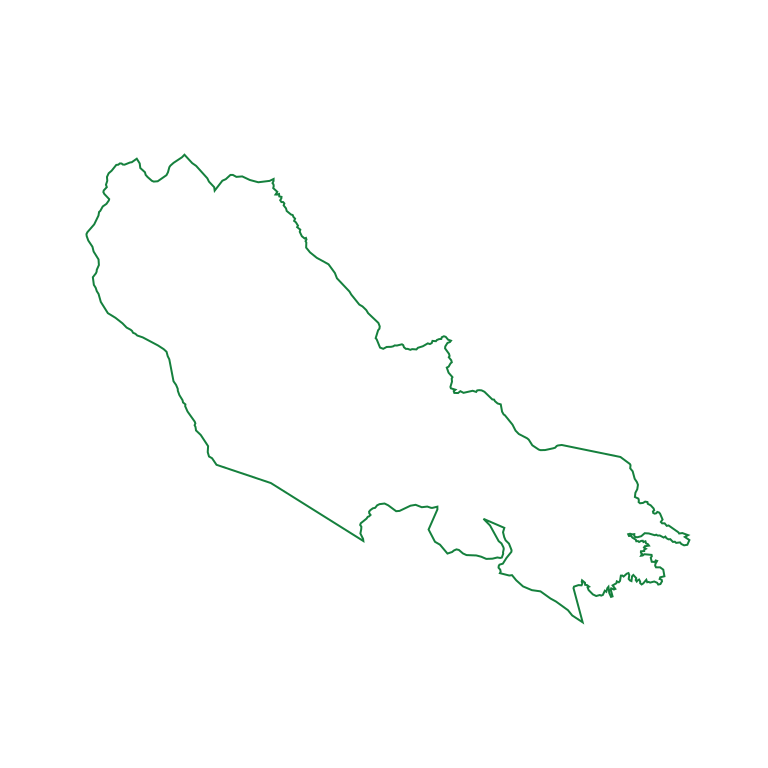 the district of Campo Verde, Mato Grosso, Brazil, rotated 255°
{"feature_id": "56859067B82870953347176", "entity_name": "Campo Verde", "entity_type": "district", "adm_level": 2, "iso_a3": "BRA", "parent_name": "Brazil", "parent_adm1": "Mato Grosso", "projection": "mercator", "projection_center": [-55.112, -15.474], "detail": "fine", "context": "isolated", "style": "outline", "palette": "green", "viewbox_px": 768, "rotation_deg": 255, "n_neighbors": 0, "source": "geoboundaries", "source_scale": "gbopen_adm2", "svg_char_len": 6166}
<svg xmlns="http://www.w3.org/2000/svg" viewBox="0 0 768 768"><g transform="rotate(255 384 384)"><path d="M535.9,344.1L540.8,345.6L542.3,345.2L543.6,346.5L545.3,346.4L545.1,345.0L548.0,342.9L552.8,342.0L554.7,343.1L558.0,340.7L559.2,341.9L563.1,340.7L564.8,339.4L566.7,340.9L568.7,339.8L570.9,339.5L571.7,338.1L576.3,334.8L579.0,334.8L582.5,333.3L584.2,334.5L585.8,333.7L586.3,332.0L588.4,331.3L589.9,332.9L591.3,333.4L592.3,331.4L594.7,331.8L594.6,329.8L595.1,328.3L597.2,330.7L601.9,327.7L603.7,328.7L605.4,328.9L606.9,328.3L608.6,329.8L610.6,330.4L609.8,326.1L611.4,314.8L615.8,307.2L621.2,300.8L622.3,295.0L625.1,292.1L625.7,289.8L622.8,284.2L622.2,280.5L614.6,270.5L618.1,270.9L624.8,267.3L628.4,266.6L643.3,259.0L647.0,255.9L657.1,250.6L655.3,247.6L652.1,238.0L650.2,234.2L649.0,232.8L644.4,230.1L642.0,227.9L638.4,217.9L639.1,214.0L640.3,212.4L645.1,209.2L647.7,207.9L650.4,207.9L655.7,204.5L660.3,205.1L665.6,203.5L663.5,197.8L663.7,196.0L663.0,190.2L663.6,188.5L664.9,187.6L665.4,185.8L664.6,184.2L664.9,182.1L660.5,176.1L658.8,172.6L655.7,170.0L651.9,169.3L648.4,167.0L645.9,167.2L643.5,163.4L642.0,162.6L640.0,163.0L633.7,166.4L632.5,165.7L629.8,162.5L628.3,158.3L624.6,154.7L623.9,153.3L620.6,151.8L613.2,145.4L607.4,136.8L605.8,135.4L603.8,135.1L599.1,135.5L592.0,137.9L587.1,137.8L578.2,140.5L572.7,139.4L568.6,136.1L566.9,135.5L565.5,134.4L562.5,130.4L554.8,129.4L551.6,130.4L548.0,130.6L544.9,131.6L536.6,131.7L523.9,135.6L517.5,141.7L510.3,147.1L505.1,150.0L502.0,153.3L500.4,154.4L498.5,154.8L496.8,156.9L494.7,158.2L491.5,163.0L479.8,175.6L474.7,180.2L471.4,182.3L466.8,182.3L463.4,183.0L441.1,181.4L437.0,182.9L432.8,183.5L430.8,183.1L426.2,183.5L420.5,185.2L418.2,185.1L415.7,186.9L414.0,186.2L408.3,187.1L396.7,191.4L394.8,191.6L393.2,190.4L391.4,190.8L387.8,190.4L382.2,193.8L369.5,198.0L363.8,196.1L359.3,196.2L356.8,198.7L349.3,201.3L317.6,249.1L237.7,323.4L239.8,323.7L245.7,322.5L249.6,324.4L252.0,325.2L254.0,324.5L255.5,325.5L258.5,332.3L259.9,333.9L260.0,335.3L261.0,337.1L262.9,336.3L264.6,336.6L265.7,338.2L266.8,341.0L266.7,343.4L268.6,346.0L269.1,348.6L268.4,353.6L265.7,356.7L258.0,362.8L257.4,366.2L259.6,378.1L259.1,383.3L255.2,388.6L254.4,394.1L252.2,397.4L251.8,398.8L251.7,403.8L249.0,403.1L231.9,389.4L218.4,392.4L214.3,396.5L203.8,401.4L204.1,406.3L205.1,408.5L205.5,411.2L204.3,413.4L199.9,416.4L197.4,419.4L194.5,428.8L192.0,433.2L188.6,437.5L187.2,443.6L187.1,448.6L185.9,451.2L185.9,452.9L189.2,455.2L190.6,455.4L193.7,457.0L195.3,457.1L199.6,456.2L202.5,454.1L219.9,449.8L228.0,445.2L213.9,463.0L210.0,460.6L204.9,460.5L201.5,461.0L197.5,463.4L190.5,464.2L188.9,463.6L184.3,457.3L179.7,452.3L179.6,448.8L178.5,447.7L176.9,447.1L174.6,448.2L172.5,448.1L171.3,447.0L166.6,455.4L166.2,458.2L160.2,460.9L152.5,465.9L146.6,473.5L143.2,481.5L133.7,489.3L129.4,493.8L119.8,501.6L118.0,503.1L111.7,505.9L102.4,514.2L137.8,514.2L139.1,515.1L139.4,519.8L138.4,522.7L140.0,524.0L141.8,523.8L143.1,524.5L140.0,526.7L138.0,526.3L137.2,528.1L135.2,529.6L135.0,528.0L132.0,528.3L126.7,531.3L124.3,534.1L124.3,537.9L123.4,539.0L123.6,540.8L127.2,543.8L125.8,545.0L129.0,546.9L130.0,548.3L123.7,547.5L119.6,548.2L119.7,549.8L126.7,549.8L127.8,550.6L126.0,552.9L126.2,554.4L130.3,552.7L131.4,556.9L133.1,557.8L131.7,559.5L132.7,561.0L137.6,563.2L137.3,564.6L136.0,565.6L137.9,569.3L138.1,571.2L136.0,571.5L132.4,569.9L130.6,570.7L129.6,572.0L134.0,573.8L135.0,575.4L131.2,577.4L129.5,576.4L127.8,577.0L128.7,578.3L129.1,579.8L126.9,580.3L125.3,579.9L123.7,581.0L124.3,582.8L127.0,586.7L124.4,586.9L124.3,588.4L123.3,589.7L123.3,593.9L121.3,596.4L119.3,597.0L119.2,599.2L121.5,601.5L123.1,601.5L124.3,599.8L125.8,600.8L125.7,605.1L132.4,605.7L135.5,603.2L136.5,599.3L138.3,598.9L140.0,599.6L142.4,602.0L143.2,600.8L142.0,599.6L143.0,596.6L147.2,596.7L148.3,598.1L149.7,598.2L152.2,591.4L151.4,589.5L151.6,587.8L153.2,589.2L154.6,588.5L155.9,588.9L155.3,592.1L156.7,592.6L157.1,594.3L158.8,592.8L159.8,593.9L159.3,598.1L160.9,597.5L162.2,595.9L164.4,595.8L164.2,593.7L165.6,593.4L165.9,591.9L165.4,589.5L166.5,588.7L166.8,587.0L168.5,586.9L171.3,584.2L173.4,583.3L173.8,581.3L175.7,581.0L175.7,582.9L174.5,584.9L174.2,586.9L172.7,586.4L171.2,587.1L170.4,589.1L170.4,593.1L172.4,597.2L171.1,601.1L167.8,606.5L168.0,607.9L166.8,609.1L166.3,611.2L163.3,614.4L163.8,616.3L162.0,616.9L160.3,618.6L160.0,620.4L156.7,622.2L156.4,624.1L154.9,625.1L154.4,628.9L152.5,629.8L150.5,632.1L150.2,635.4L154.2,638.6L158.4,635.0L159.3,638.6L162.8,633.6L163.2,630.4L164.5,630.0L173.7,622.3L173.8,620.4L176.8,619.0L177.4,616.6L179.1,615.7L181.0,618.0L187.3,617.1L188.7,616.4L189.7,614.9L188.7,613.6L188.7,611.9L189.7,610.7L191.3,610.8L192.1,612.3L194.0,612.2L197.8,610.2L200.0,607.8L201.8,607.9L202.8,605.8L202.1,603.5L202.5,600.5L204.0,599.4L205.9,600.1L207.5,600.0L209.9,597.1L213.9,598.7L216.8,601.4L220.9,603.2L223.8,602.9L227.6,601.6L235.3,601.6L238.8,600.0L241.8,601.1L243.1,600.8L252.3,593.5L279.1,539.9L279.6,536.1L279.4,534.7L278.2,532.9L278.1,530.9L278.5,522.6L279.6,518.0L280.6,516.5L286.4,511.4L292.8,509.4L294.5,508.2L300.8,501.3L304.9,499.0L311.5,497.6L322.5,492.7L323.6,491.7L326.7,490.9L334.1,491.5L335.8,488.7L338.7,486.7L340.4,486.3L341.1,484.6L350.5,479.0L352.6,476.6L353.4,474.4L353.7,472.4L352.5,471.0L354.5,467.9L354.9,458.5L357.3,455.9L356.1,453.2L357.2,449.6L359.1,449.5L360.0,451.5L362.5,447.5L364.0,447.4L368.7,450.3L371.7,450.8L372.9,451.9L378.2,449.3L383.6,448.9L384.0,450.9L386.7,453.6L387.4,455.1L389.5,455.1L393.1,453.5L394.1,454.6L396.3,454.6L402.6,452.2L404.4,452.9L407.2,455.9L407.5,458.6L408.5,459.9L410.2,457.4L413.6,455.8L414.6,454.2L414.2,451.9L412.7,451.0L413.1,448.8L412.8,446.5L411.9,445.2L413.1,442.0L411.2,440.7L410.7,438.7L411.9,436.8L410.4,431.3L410.2,426.1L409.0,424.3L410.4,420.2L410.2,418.3L411.8,416.0L412.3,414.2L414.3,412.8L416.6,412.6L417.7,411.6L417.8,406.5L418.5,404.3L418.0,402.6L418.1,400.4L419.1,396.2L418.2,392.4L420.2,389.6L429.0,388.5L430.4,387.8L437.4,392.2L438.6,393.9L440.8,394.8L444.4,394.4L456.5,387.0L460.0,386.0L464.5,383.3L467.1,380.7L478.9,375.5L482.2,374.6L498.3,365.9L503.9,365.3L514.0,361.4L523.3,351.7L530.3,346.6L535.9,344.1Z" fill="none" stroke="#15803d" stroke-width="2"/></g></svg>